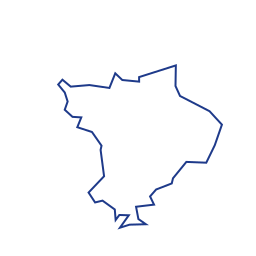 Estill, Kentucky, United States of America (orthographic projection), rotated 223°
{"feature_id": "52423323B66349402640259", "entity_name": "Estill", "entity_type": "district", "adm_level": 2, "iso_a3": "USA", "parent_name": "United States of America", "parent_adm1": "Kentucky", "projection": "orthographic", "projection_center": [-83.956, 37.698], "detail": "fine", "context": "isolated", "style": "outline", "palette": "blue", "viewbox_px": 256, "rotation_deg": 223, "n_neighbors": 0, "source": "geoboundaries", "source_scale": "gbopen_adm2", "svg_char_len": 664}
<svg xmlns="http://www.w3.org/2000/svg" viewBox="0 0 256 256"><g transform="rotate(223 128 128)"><path d="M65.9,49.6L60.9,58.4L49.3,69.8L58.3,68.5L68.4,75.9L56.7,89.7L65.2,93.0L65.5,102.2L58.2,117.3L60.8,121.9L62.2,143.0L47.1,156.0L52.8,174.6L61.6,194.5L79.8,195.9L111.8,186.9L121.9,191.1L135.7,206.4L154.6,172.8L151.5,169.5L164.9,159.2L174.6,159.3L168.9,144.6L185.5,133.1L198.1,119.2L208.9,118.6L208.7,112.2L198.4,110.8L190.2,106.2L186.7,98.2L176.2,98.3L169.4,103.9L165.6,94.0L151.6,100.5L135.3,97.0L133.1,93.3L112.6,76.4L112.8,53.9L101.3,51.1L97.1,57.5L82.1,59.4L74.3,52.3L75.0,58.5L67.9,64.7L65.9,49.6Z" fill="none" stroke="#1e3a8a" stroke-width="2"/></g></svg>